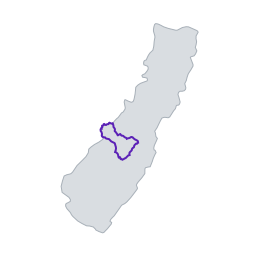 Nepal, with Dhawalagiri highlighted, rotated 276°
{"feature_id": "NPL-1125", "entity_name": "Dhawalagiri", "entity_type": "Administrative Zone", "adm_level": 1, "iso_a3": "NPL", "parent_name": "Nepal", "parent_adm1": "", "projection": "mercator", "projection_center": [83.63, 28.648], "detail": "fine", "context": "in_parent", "style": "outline", "palette": "violet", "viewbox_px": 256, "rotation_deg": 276, "n_neighbors": 0, "source": "natural_earth", "source_scale": "10m", "svg_char_len": 4836}
<svg xmlns="http://www.w3.org/2000/svg" viewBox="0 0 256 256"><g transform="rotate(276 128 128)"><path d="M233.6,143.6L234.6,144.4L234.7,145.8L234.5,147.2L233.4,150.4L232.4,152.7L231.3,157.4L230.2,165.5L230.5,166.9L233.6,171.6L234.8,175.2L234.9,177.6L233.6,181.7L232.1,186.3L231.4,187.3L230.5,187.7L226.7,186.1L224.0,186.3L221.0,187.2L217.8,187.0L215.2,186.5L211.9,188.4L208.7,187.4L206.7,186.2L205.3,183.0L204.7,182.6L198.0,186.0L196.4,186.2L192.3,184.4L188.9,182.6L187.6,182.1L184.3,181.4L181.3,181.0L178.1,179.8L174.1,181.3L172.5,181.2L171.0,180.1L170.2,178.0L170.0,175.9L168.7,174.5L166.5,174.2L163.6,175.5L159.3,177.1L157.9,176.9L156.6,176.4L156.1,175.9L155.6,174.0L154.9,173.6L153.9,173.5L152.1,173.1L149.9,171.6L143.3,168.3L142.4,166.8L142.5,163.5L142.1,162.1L141.3,160.6L137.9,159.2L131.2,156.8L127.6,154.9L125.8,155.8L122.5,156.6L120.7,158.3L118.5,157.7L113.4,156.0L110.6,155.7L108.9,156.3L108.6,157.3L106.5,158.5L104.5,157.6L100.5,156.3L97.1,155.6L91.8,154.1L91.2,151.8L90.3,149.5L89.1,149.1L84.4,149.5L80.0,147.0L75.4,143.8L73.4,142.7L72.1,142.3L71.0,142.8L69.7,143.5L68.6,143.7L66.1,142.3L62.8,140.3L58.9,137.9L54.3,134.5L52.4,132.6L51.5,131.1L50.5,129.7L46.5,127.5L43.3,125.7L39.5,123.6L38.9,123.2L37.4,121.9L35.2,120.3L33.4,119.8L32.8,120.7L32.4,121.6L30.8,121.4L28.3,119.8L25.7,118.1L23.7,116.5L21.6,114.9L21.1,113.7L22.0,109.9L23.2,106.7L24.2,106.0L25.9,103.9L26.5,100.2L26.4,97.0L28.1,92.5L30.3,87.7L34.2,82.5L35.9,80.8L37.8,79.6L41.3,75.8L42.1,75.2L43.7,74.2L45.2,74.0L46.4,74.4L47.6,76.4L49.0,78.3L50.8,78.2L52.8,76.6L57.1,69.2L63.0,67.6L68.6,68.4L73.6,69.5L75.1,72.0L76.0,74.6L76.6,76.0L78.3,77.5L85.3,81.2L89.4,84.6L95.0,89.1L99.2,91.1L102.9,91.2L105.0,93.0L108.2,96.5L110.9,100.5L114.2,104.2L116.5,104.1L119.7,102.9L123.5,101.3L125.8,102.1L127.9,103.1L128.6,105.0L129.8,108.7L131.2,112.4L133.4,113.7L136.0,115.7L137.5,117.2L142.3,120.0L143.0,121.1L144.0,121.9L145.2,122.4L146.2,123.0L147.7,123.2L153.4,121.5L154.9,121.7L155.8,122.0L155.8,122.6L154.8,125.3L153.9,128.6L154.8,130.3L157.1,131.0L162.4,131.5L169.4,131.5L171.6,133.2L173.7,135.7L175.9,140.1L176.7,141.9L177.8,142.4L179.6,141.7L179.9,139.9L180.0,137.3L181.5,136.3L182.5,137.0L183.7,139.1L186.6,141.0L188.7,141.9L190.7,141.6L191.6,140.8L192.5,137.2L194.1,136.7L196.1,136.9L196.9,137.6L197.7,139.1L200.1,139.8L202.5,140.7L204.8,141.9L208.0,144.6L212.0,145.1L216.5,145.0L218.9,145.1L220.7,145.3L222.3,145.1L227.0,143.2L228.9,143.0L231.3,143.2L233.6,143.6Z" fill="#d9dde1" stroke="#a8b0b8" stroke-width="1"/><path d="M123.8,100.9L124.1,101.0L124.3,101.2L124.5,101.4L124.6,101.8L124.9,101.6L125.2,101.5L125.5,101.6L125.8,101.9L126.1,102.3L126.6,102.2L127.1,102.0L127.6,102.0L127.8,102.3L128.0,103.1L128.2,103.4L128.5,103.5L128.9,103.5L129.3,103.5L129.5,103.9L129.3,104.4L128.9,104.9L128.7,105.4L128.8,106.0L129.4,106.6L129.6,106.8L129.7,107.1L129.8,108.0L130.4,108.4L131.0,108.6L131.3,109.0L130.6,111.5L131.1,112.3L130.9,112.5L130.1,112.6L129.4,113.1L129.0,113.2L127.9,113.4L127.5,113.5L127.2,113.7L127.0,114.0L126.4,114.5L125.7,115.0L125.2,115.1L124.8,115.2L124.3,115.1L123.8,115.1L123.4,115.2L123.2,115.5L122.9,116.0L122.6,116.3L120.9,117.8L120.3,118.1L119.9,118.4L119.7,118.6L119.8,119.0L120.9,120.3L121.0,120.6L121.1,121.0L120.0,122.0L119.9,122.3L119.7,122.7L119.8,123.4L119.7,123.9L119.5,124.3L119.2,124.7L119.1,124.8L118.6,125.5L118.4,125.9L118.0,127.2L117.8,127.5L117.6,127.6L117.1,127.9L117.7,128.9L118.0,130.0L118.1,130.3L118.4,130.7L118.7,131.2L118.8,131.5L119.3,131.9L119.4,132.2L119.4,132.9L119.0,133.9L118.7,134.1L118.4,134.5L118.0,135.1L117.5,135.8L117.4,136.0L117.2,136.7L116.5,138.4L116.2,138.9L115.9,139.2L114.4,139.6L114.0,138.9L113.8,138.8L113.6,138.8L113.4,138.7L113.3,138.4L113.2,138.1L113.3,137.9L113.3,137.7L113.1,137.5L111.9,136.5L111.6,136.3L111.3,136.1L110.7,136.0L110.0,136.0L109.6,135.9L109.2,135.6L109.0,135.3L108.8,135.0L108.5,134.8L108.2,134.5L107.6,134.2L107.3,134.1L106.6,134.1L106.2,134.0L105.7,133.7L104.2,132.4L103.7,132.2L103.2,132.0L101.2,132.4L101.0,131.6L100.7,131.1L100.1,130.6L97.7,128.7L97.4,127.8L97.2,127.6L96.9,127.3L96.6,127.0L96.3,126.3L96.1,126.1L95.9,125.8L96.5,124.8L96.2,124.5L96.2,124.3L96.4,124.0L96.8,123.5L97.2,123.4L97.6,123.3L97.8,123.3L98.0,123.2L98.2,122.9L98.2,122.7L97.8,122.1L97.7,121.9L98.0,121.7L98.6,121.4L100.0,121.0L101.4,120.3L102.3,119.1L102.6,118.5L102.7,117.7L103.5,117.8L104.2,118.0L104.6,118.1L105.2,118.1L106.1,118.2L106.5,118.2L107.8,117.9L108.4,117.7L109.0,117.4L111.3,116.5L111.7,116.0L112.6,113.5L113.0,112.6L114.5,110.8L114.7,110.6L114.9,110.3L115.0,109.8L115.2,107.5L115.4,107.1L115.6,106.8L115.9,106.5L116.2,106.2L116.3,106.0L116.1,104.9L116.3,104.5L116.4,104.0L116.6,103.5L117.2,102.9L117.8,102.7L118.5,102.7L119.1,102.7L119.7,102.7L120.9,102.1L121.5,101.9L122.0,101.4L122.1,101.2L122.9,101.0L123.4,100.9L123.8,100.9Z" fill="none" stroke="#5b21b6" stroke-width="2"/></g></svg>